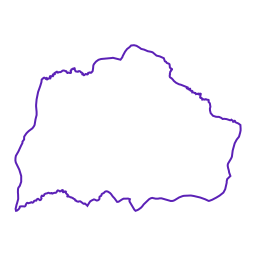 the district of Khongxedone, Saravan, Laos
{"feature_id": "54806243B74103700383879", "entity_name": "Khongxedone", "entity_type": "district", "adm_level": 2, "iso_a3": "LAO", "parent_name": "Laos", "parent_adm1": "Saravan", "projection": "albers", "projection_center": [105.743, 15.558], "detail": "fine", "context": "isolated", "style": "outline", "palette": "violet", "viewbox_px": 256, "rotation_deg": 0, "n_neighbors": 0, "source": "geoboundaries", "source_scale": "gbopen_adm2", "svg_char_len": 5554}
<svg xmlns="http://www.w3.org/2000/svg" viewBox="0 0 256 256"><path d="M164.8,61.1L163.8,58.2L159.8,56.4L156.5,55.6L152.6,52.3L151.0,51.8L147.8,51.2L144.1,49.6L141.2,48.9L139.6,47.7L136.5,45.8L134.0,45.2L131.1,45.5L129.6,47.1L127.1,49.0L125.1,51.6L122.8,55.9L122.3,57.3L120.5,59.7L112.9,57.8L111.9,58.0L101.1,59.0L98.5,59.8L96.0,61.6L94.1,63.9L93.6,64.8L93.3,65.7L93.1,68.2L92.7,70.9L92.4,71.5L92.0,71.8L91.6,72.4L91.0,72.8L90.6,72.8L90.1,72.4L89.8,72.4L89.5,72.7L88.3,72.8L88.0,73.2L87.9,74.1L87.5,74.4L86.8,74.4L86.1,74.0L85.6,74.0L85.2,74.3L84.4,75.1L83.8,75.2L83.5,74.8L83.2,74.2L82.8,74.5L82.5,74.5L82.3,74.4L82.3,74.1L82.8,73.8L82.8,73.6L81.8,72.6L80.8,72.3L80.6,71.8L80.3,71.5L79.4,71.1L78.9,71.1L77.9,71.8L77.2,71.5L76.2,71.6L75.5,71.2L75.2,70.4L74.7,69.7L74.7,68.4L74.3,68.2L73.6,69.0L73.3,69.0L73.3,68.7L73.0,68.6L72.3,69.1L71.6,69.3L71.4,70.1L70.9,70.3L70.7,70.6L71.0,71.1L70.8,71.6L71.0,72.5L70.8,72.9L70.4,73.0L70.0,73.0L68.8,72.6L68.2,72.6L67.7,73.0L67.4,73.0L67.2,72.8L66.9,72.4L66.6,72.1L66.6,71.8L66.3,71.3L65.9,71.4L65.1,70.9L63.8,70.5L62.5,70.7L61.3,71.7L60.5,72.1L59.0,72.1L58.7,72.2L58.1,72.6L57.5,72.6L57.1,71.9L56.9,71.7L56.3,71.9L55.9,72.4L54.9,72.8L54.4,73.2L54.3,73.5L54.8,73.8L54.8,74.2L54.6,74.3L53.4,74.3L52.9,74.5L52.7,75.2L53.1,75.9L52.9,76.2L52.0,76.1L51.6,76.3L50.5,76.1L50.1,76.2L49.9,76.5L49.9,77.0L50.6,77.5L50.3,78.4L48.7,78.4L47.3,79.4L47.1,79.4L47.0,78.2L46.7,78.0L46.0,78.7L45.6,78.8L45.1,78.0L44.4,77.7L44.0,77.7L43.4,78.0L43.2,78.4L42.6,78.7L41.7,79.6L41.4,82.2L40.2,86.1L38.1,92.0L36.6,99.4L36.1,104.9L36.1,106.5L36.6,111.9L36.6,115.0L35.5,119.4L34.6,124.9L33.9,126.3L32.5,128.2L28.8,131.0L27.4,132.3L26.3,133.5L24.2,136.6L24.1,138.4L24.1,139.5L22.5,141.6L22.4,143.1L21.1,145.6L18.4,151.5L15.9,155.8L15.5,157.9L15.4,160.5L15.8,162.5L19.3,169.7L21.2,176.0L21.2,178.6L21.2,181.8L19.8,185.8L18.4,187.7L18.0,189.1L17.9,192.2L18.1,194.7L18.2,199.0L17.0,203.5L16.6,204.5L15.6,208.9L16.0,210.8L16.8,210.7L18.5,209.4L19.3,208.4L19.7,207.6L19.8,206.7L20.0,206.5L21.3,206.3L23.0,206.3L24.4,206.5L25.0,206.3L25.4,205.9L25.7,205.5L25.8,204.5L26.0,204.3L26.7,203.2L27.1,202.9L27.7,202.9L28.3,203.2L28.7,203.2L29.4,202.9L30.5,202.7L31.2,202.2L31.6,202.2L32.3,202.7L32.8,202.6L33.6,202.0L34.0,201.1L34.7,200.7L35.1,200.6L36.3,200.6L36.5,200.3L36.6,199.6L37.6,198.9L38.3,198.9L39.7,200.1L40.2,200.1L40.8,199.8L41.5,198.5L41.2,197.5L41.2,197.1L41.7,195.8L42.0,195.6L42.5,196.0L43.2,196.0L43.7,195.8L44.0,195.4L44.3,194.4L45.0,193.9L45.7,193.6L47.2,193.3L48.2,192.8L48.7,192.8L49.9,193.3L50.5,193.3L51.2,193.0L51.7,193.0L52.2,193.6L54.4,192.8L55.8,192.8L56.5,192.2L57.3,190.8L57.8,190.4L58.3,190.5L59.2,190.9L59.8,191.4L60.1,191.4L60.7,191.2L61.7,190.3L62.2,190.3L62.6,190.1L62.9,190.3L62.8,191.8L63.1,192.2L63.5,192.2L64.4,191.8L64.9,191.4L65.7,191.5L66.0,191.9L65.7,192.6L66.2,193.5L67.8,194.8L67.9,195.2L67.3,196.1L67.3,196.4L67.5,196.5L68.8,196.5L69.6,196.7L70.4,197.3L71.0,197.4L71.6,197.4L72.5,198.1L73.1,198.2L73.5,198.7L74.7,199.2L74.9,199.5L75.3,200.5L75.5,200.6L76.2,200.6L76.5,201.1L77.3,201.5L78.4,201.7L78.9,201.4L80.1,201.3L80.7,201.6L83.3,203.6L83.8,203.8L84.2,203.8L84.7,203.5L85.1,203.6L85.8,204.4L86.5,204.8L87.4,205.8L89.4,202.5L90.3,201.3L92.0,200.3L93.9,199.4L94.7,199.6L96.6,200.5L97.7,200.4L98.6,199.9L99.3,199.2L99.5,198.1L99.4,197.2L99.5,197.0L99.7,196.6L101.2,195.8L101.4,195.4L101.6,194.3L102.1,193.8L103.8,193.0L104.9,191.8L105.8,191.4L106.8,191.3L108.0,191.7L109.9,192.9L111.1,194.1L112.7,196.4L114.5,198.3L117.1,201.9L117.5,201.9L118.6,201.7L122.1,199.4L123.5,198.7L128.1,198.6L129.9,199.2L129.4,200.9L129.7,201.8L134.3,209.6L135.5,210.8L136.9,210.3L138.4,209.6L141.0,207.7L142.3,206.3L143.7,204.4L149.1,199.2L150.7,198.3L152.2,197.9L155.8,198.7L157.8,198.7L159.9,198.3L161.4,198.3L170.8,201.0L172.8,200.9L174.4,200.3L179.2,197.4L182.6,196.1L184.0,195.8L190.8,195.5L193.8,196.0L200.2,197.5L205.2,199.3L208.6,200.9L209.4,200.8L212.1,199.8L216.3,197.6L219.6,195.6L223.4,192.6L225.2,189.2L226.7,182.7L226.7,181.3L227.2,179.1L230.4,176.0L229.1,172.4L228.9,170.8L228.1,168.0L227.7,165.8L227.8,164.5L228.1,163.5L231.1,158.5L231.9,156.7L232.7,150.5L234.7,143.3L236.7,139.6L239.0,136.7L240.1,132.8L240.6,130.4L240.6,128.5L240.4,125.0L238.4,123.5L236.0,122.5L235.3,122.0L234.9,120.9L234.7,120.8L233.6,121.7L233.2,121.8L232.7,120.6L232.5,120.4L231.9,120.2L231.3,119.7L230.7,120.2L230.2,120.3L226.6,119.1L224.1,118.8L222.7,119.0L221.1,117.8L219.0,116.9L216.1,116.8L213.0,115.8L210.7,113.2L210.0,110.5L209.9,108.6L210.4,106.8L209.9,103.6L209.7,103.4L209.5,102.8L208.6,101.9L208.6,101.0L208.7,100.4L208.6,100.0L208.1,99.8L206.9,99.7L205.9,99.2L205.6,99.2L205.2,99.5L204.8,99.4L204.5,99.6L203.7,99.4L203.4,99.2L203.2,99.2L202.7,99.6L202.2,99.6L202.0,98.4L201.4,98.0L201.0,98.0L200.5,97.9L200.2,97.5L200.1,97.2L200.4,96.8L200.3,95.8L200.5,95.4L200.6,94.5L200.8,94.0L200.5,93.7L200.1,93.8L199.5,94.4L199.3,94.4L198.8,93.6L198.6,93.6L198.2,94.1L197.7,93.8L197.2,93.8L197.0,94.0L196.4,93.9L196.0,94.1L195.4,93.0L194.7,93.1L193.6,92.4L192.2,92.4L192.1,91.5L192.2,91.0L191.8,90.8L190.6,90.7L190.2,90.3L190.1,88.8L189.8,88.8L189.6,89.7L188.4,89.3L188.2,89.1L188.1,88.1L187.6,87.9L186.9,88.3L186.8,88.2L187.0,87.5L186.6,87.6L186.3,86.9L180.8,84.7L179.1,84.3L176.1,82.8L173.7,80.8L173.1,79.9L171.6,78.3L170.4,77.6L169.9,77.1L169.7,76.3L169.7,75.4L170.0,74.7L169.8,74.0L170.1,72.8L170.2,71.9L170.9,71.1L170.9,70.4L171.1,70.0L172.0,69.6L172.0,69.2L171.8,68.9L170.3,68.0L169.9,67.6L169.6,64.7L169.3,64.0L168.6,63.6L166.9,63.0L166.4,62.5L166.1,61.8L164.9,61.3L164.8,61.1Z" fill="none" stroke="#5b21b6" stroke-width="2"/></svg>